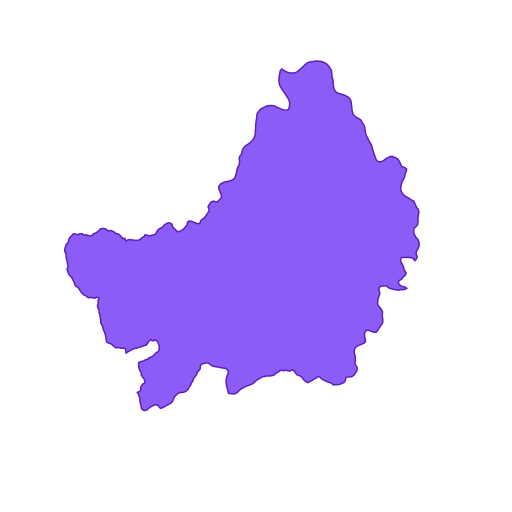 Abaeté, Minas Gerais, Brazil, rotated 332°
{"feature_id": "56859067B88957434104032", "entity_name": "Abaeté", "entity_type": "district", "adm_level": 2, "iso_a3": "BRA", "parent_name": "Brazil", "parent_adm1": "Minas Gerais", "projection": "robinson", "projection_center": [-45.377, -19.097], "detail": "fine", "context": "isolated", "style": "filled", "palette": "violet", "viewbox_px": 512, "rotation_deg": 332, "n_neighbors": 0, "source": "geoboundaries", "source_scale": "gbopen_adm2", "svg_char_len": 6093}
<svg xmlns="http://www.w3.org/2000/svg" viewBox="0 0 512 512"><g transform="rotate(332 256 256)"><path d="M394.0,334.7L396.6,333.8L398.0,332.3L398.4,329.1L400.0,327.0L402.8,325.3L404.8,323.7L406.0,321.4L406.6,319.1L406.7,317.1L406.0,314.7L405.9,311.6L406.5,309.0L407.4,307.0L408.9,305.6L410.8,305.2L413.3,304.3L415.2,301.7L416.7,298.6L418.7,295.9L420.5,293.7L421.1,290.8L420.6,288.0L421.1,281.7L419.7,279.8L417.8,276.2L416.4,274.2L414.9,270.9L414.6,267.5L415.2,264.6L417.1,262.1L419.9,258.9L421.9,257.8L423.7,256.4L427.2,252.7L428.7,251.5L429.8,250.0L428.7,247.6L426.6,245.4L427.0,240.5L426.8,237.2L425.9,235.4L424.7,234.0L422.9,231.9L420.9,231.1L419.1,231.1L416.7,231.1L412.0,231.8L410.1,231.2L408.2,230.1L407.3,227.8L408.2,221.0L408.7,218.5L409.1,215.9L410.0,212.8L410.0,210.0L409.7,207.7L410.0,204.5L409.9,202.0L410.1,200.1L412.7,192.2L412.4,185.1L411.4,183.2L409.8,181.0L408.4,177.7L408.6,174.8L409.4,172.0L412.1,165.4L412.8,162.2L412.3,159.7L411.3,157.9L409.9,155.8L404.8,150.7L403.6,148.6L403.2,146.2L403.9,143.2L404.9,140.4L406.0,138.3L406.8,135.8L407.2,133.8L409.7,127.7L409.5,123.1L408.9,120.5L407.8,118.4L406.6,116.7L405.1,115.0L401.4,112.4L393.8,109.6L391.1,109.7L389.1,110.1L383.3,111.8L379.0,112.6L376.8,112.7L372.6,110.8L370.9,109.4L369.4,107.8L367.7,105.4L366.7,103.0L364.5,103.7L361.4,107.5L359.1,110.8L357.9,113.5L357.1,116.2L357.2,121.2L357.9,126.8L358.3,131.7L358.3,134.2L357.4,137.0L355.8,139.6L353.7,141.7L351.5,141.7L349.6,140.5L347.7,138.7L344.7,134.9L342.5,131.9L340.6,130.6L338.5,129.5L336.2,128.6L331.4,128.4L328.5,128.6L324.2,130.5L322.8,132.1L321.8,133.9L320.1,136.0L318.3,138.7L317.0,140.4L315.9,142.6L314.3,145.0L313.1,147.1L311.9,148.9L310.5,150.3L308.7,151.5L306.4,152.4L304.2,153.2L301.6,153.5L298.3,153.8L296.2,154.5L294.2,155.7L290.9,159.2L288.6,160.3L287.0,161.9L285.8,165.0L284.0,167.6L282.0,168.8L280.4,170.1L277.5,173.7L274.4,176.7L272.5,177.7L269.8,177.7L266.3,177.0L263.5,176.0L261.2,175.7L258.5,175.8L256.0,176.9L254.8,178.9L254.3,182.9L254.0,186.1L252.9,188.1L250.3,189.2L247.6,190.0L245.4,189.1L244.3,187.6L242.1,187.2L239.5,188.3L236.8,189.9L236.5,192.2L235.9,194.1L230.1,197.2L227.7,198.3L225.8,198.4L223.5,199.0L222.0,200.7L219.9,200.3L218.1,198.5L216.8,196.8L215.2,194.9L213.4,193.7L211.4,194.0L209.9,196.1L204.4,198.3L202.2,198.5L199.7,198.4L197.9,197.4L197.2,194.7L196.1,191.7L196.7,188.4L195.4,186.2L193.7,185.4L191.2,185.4L189.3,185.7L187.0,186.7L183.8,186.5L180.9,187.2L178.6,188.9L176.4,189.7L174.2,188.8L171.4,188.4L169.9,186.7L167.9,185.2L166.1,186.4L164.2,186.2L162.4,186.7L159.8,187.0L157.1,185.7L154.5,183.9L152.1,182.1L150.0,181.6L148.2,181.6L148.5,178.9L146.7,178.2L146.0,175.4L144.9,172.0L142.9,170.4L141.9,167.9L139.9,165.4L137.3,164.3L136.0,161.6L133.8,159.7L131.1,158.9L129.0,160.0L125.4,160.5L123.1,160.0L121.0,160.7L118.9,160.5L117.3,159.0L116.1,157.5L114.2,157.2L113.3,155.1L111.1,153.6L108.7,153.7L107.1,152.0L105.1,150.6L102.9,151.6L100.5,152.1L98.3,153.8L96.8,155.6L93.7,156.9L91.0,159.4L89.3,161.8L89.2,164.9L87.4,169.1L86.8,171.6L85.9,174.5L85.2,176.9L83.1,178.7L82.4,181.7L82.2,185.3L83.2,188.6L83.0,191.4L83.2,193.5L82.6,196.0L82.7,198.2L84.1,200.2L84.8,207.2L85.8,209.5L87.2,211.5L88.3,214.1L90.5,215.0L92.1,216.1L93.6,217.6L96.2,217.7L97.7,219.5L95.4,221.6L94.5,223.6L92.7,225.3L92.0,227.9L92.0,230.5L90.8,232.4L90.5,234.5L89.8,236.8L88.7,239.8L87.4,242.6L87.5,246.3L86.8,248.7L86.3,253.5L85.6,256.2L84.6,258.9L83.8,261.9L85.3,264.2L87.0,265.7L87.6,267.8L88.4,269.9L89.6,271.5L91.9,272.5L93.4,274.0L95.2,274.9L96.9,275.9L96.8,278.0L95.7,280.6L100.3,280.4L105.0,280.5L107.6,281.5L110.5,281.7L112.2,282.3L114.5,282.5L116.9,283.2L119.1,282.4L121.4,280.9L123.8,280.5L124.9,282.4L128.5,283.2L128.8,285.7L128.6,288.2L128.0,290.8L126.4,293.2L124.5,294.9L122.9,294.3L119.3,295.6L117.5,296.0L115.6,296.0L113.8,295.7L112.0,296.2L109.6,295.7L107.7,296.0L105.2,295.3L102.6,294.9L101.2,297.0L100.1,299.7L99.7,302.9L99.9,305.4L98.8,307.3L99.6,313.3L98.3,316.1L96.1,315.8L94.0,316.8L92.2,318.2L91.3,320.4L89.5,320.9L87.2,320.7L87.2,323.2L86.6,327.3L85.2,330.1L83.8,335.3L83.3,337.8L84.8,340.1L87.5,340.8L89.6,340.0L91.9,339.8L94.5,339.7L96.9,340.0L99.0,341.2L100.1,345.6L102.4,346.1L112.2,345.9L114.4,344.9L118.2,341.9L122.4,340.7L125.2,341.0L128.2,342.4L130.6,342.5L133.0,342.1L135.3,340.5L137.9,339.2L139.5,337.7L141.6,336.7L143.3,335.0L145.3,334.0L147.0,333.3L149.5,331.2L151.7,330.5L153.8,329.3L155.2,327.0L157.1,325.9L161.7,327.0L163.6,328.0L164.6,330.2L165.9,332.7L168.5,334.9L171.0,336.7L172.7,338.3L176.2,340.8L177.2,342.4L177.4,344.8L176.4,346.4L173.3,349.0L171.7,351.2L170.5,353.0L168.8,357.6L168.4,360.0L167.7,362.0L167.2,364.4L171.7,367.5L174.3,367.9L180.6,366.3L185.3,366.3L192.6,367.2L198.8,365.9L205.4,365.7L207.2,366.5L209.4,367.0L211.7,368.4L214.2,369.2L216.6,369.6L218.8,368.8L221.4,368.9L224.1,368.4L226.5,370.2L229.1,371.0L230.4,372.5L232.4,373.6L234.8,373.6L235.8,375.4L235.9,377.5L236.5,380.3L238.3,382.2L239.6,384.6L240.0,387.8L241.3,390.8L242.5,392.3L244.6,392.0L247.0,392.3L249.3,391.7L251.6,392.1L253.7,391.7L255.5,392.3L255.9,394.3L257.1,396.8L260.0,400.7L261.6,402.3L263.1,404.0L263.6,406.0L269.3,408.6L273.8,409.0L276.3,408.2L277.5,406.4L278.9,405.2L280.5,406.1L283.8,407.5L286.5,407.2L291.2,404.8L292.8,402.4L293.0,400.1L292.7,397.7L293.9,396.0L295.9,392.7L296.6,390.5L297.2,387.9L298.3,385.9L300.0,383.9L302.7,383.1L305.9,383.2L310.1,383.7L312.3,383.2L313.5,380.6L314.0,378.5L314.8,376.5L315.9,374.7L317.5,373.7L319.4,373.7L321.3,375.3L323.3,377.7L325.0,379.1L326.6,379.7L328.7,378.7L333.4,376.0L335.3,375.2L337.0,373.8L338.4,370.9L339.6,367.7L341.5,364.8L341.5,360.5L340.5,357.1L341.4,354.4L343.0,352.0L344.2,350.5L347.5,347.5L348.2,345.6L348.7,343.3L350.3,341.4L352.3,341.5L354.1,342.1L357.0,343.5L358.3,346.6L360.6,349.0L365.5,353.0L368.2,353.7L370.2,354.9L372.0,355.4L374.0,355.3L372.7,353.1L370.5,351.2L369.3,349.0L368.9,346.8L370.5,345.1L374.5,344.5L376.1,343.7L378.5,343.2L380.4,341.8L380.6,339.2L380.3,337.1L381.1,334.9L381.3,332.2L381.2,329.6L381.8,327.0L383.6,325.7L385.8,326.5L387.8,327.7L392.2,330.2L393.6,332.0L394.0,334.7Z" fill="#8b5cf6" stroke="#5b21b6" stroke-width="1.5"/></g></svg>